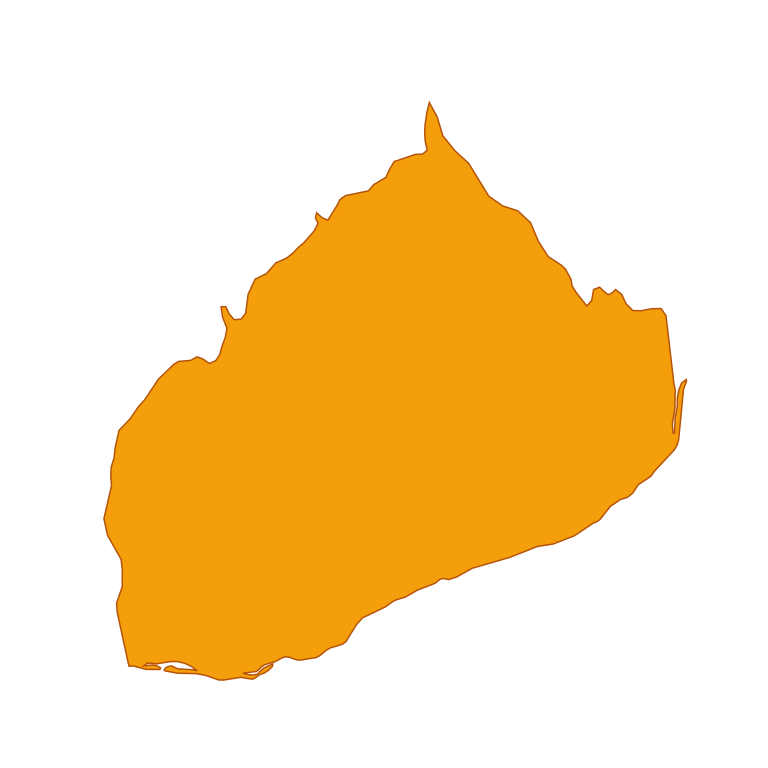 map outline of Yucatán (Equal Earth projection), rotated 171°
{"feature_id": "MEX-2737", "entity_name": "Yucatán", "entity_type": "State", "adm_level": 1, "iso_a3": "MEX", "parent_name": "Mexico", "parent_adm1": "", "projection": "equal_earth", "projection_center": [-88.855, 20.634], "detail": "fine", "context": "isolated", "style": "filled", "palette": "amber", "viewbox_px": 768, "rotation_deg": 171, "n_neighbors": 0, "source": "natural_earth", "source_scale": "10m", "svg_char_len": 2653}
<svg xmlns="http://www.w3.org/2000/svg" viewBox="0 0 768 768"><g transform="rotate(171 384 384)"><path d="M97.3,331.0L97.8,330.1L100.3,315.2L105.5,299.3L106.1,290.2L104.6,290.2L101.7,305.2L98.0,315.4L97.5,317.5L96.5,324.1L93.8,331.9L89.8,338.5L84.8,341.1L84.8,339.2L88.9,332.3L101.8,282.5L104.0,278.0L107.5,273.6L130.6,255.5L134.9,251.1L148.4,244.9L155.4,237.4L159.9,234.7L162.3,233.8L168.7,232.9L179.5,227.8L192.0,216.3L195.5,214.7L199.2,213.8L219.8,204.3L242.0,199.5L258.3,199.5L286.8,193.1L325.7,188.2L342.6,182.0L350.7,180.7L355.7,182.6L357.8,182.7L359.9,182.0L364.2,179.5L365.6,179.0L383.1,175.2L396.7,170.1L405.8,168.9L409.7,167.6L417.0,163.8L441.8,156.4L449.0,150.5L461.7,135.7L465.7,133.5L478.5,131.7L482.5,130.1L490.0,125.7L494.0,124.4L510.1,124.4L513.6,125.3L520.6,129.1L524.2,130.0L527.8,129.4L534.5,126.9L545.8,125.4L549.4,123.9L552.2,121.5L555.1,120.0L568.4,120.5L564.3,118.5L559.4,117.1L554.5,117.2L547.5,122.2L539.2,124.5L537.6,124.7L538.5,122.4L542.7,119.4L547.2,117.4L552.8,116.2L557.3,113.7L559.2,113.1L562.2,113.6L571.2,116.7L588.7,116.7L593.5,117.5L606.3,124.4L614.8,127.3L632.9,130.6L645.2,134.9L645.9,135.8L644.2,137.7L642.1,138.6L639.5,138.9L637.0,138.3L635.1,136.7L632.0,134.9L617.6,131.7L613.3,130.0L618.2,135.0L624.4,139.2L631.2,142.1L637.9,143.2L652.0,143.2L658.5,144.9L661.9,145.2L665.3,143.2L656.6,142.7L652.4,141.3L649.1,138.5L650.1,137.1L663.9,139.4L675.3,144.6L680.0,145.2L680.3,148.8L683.2,200.3L682.4,209.5L674.3,224.6L671.5,241.7L671.1,252.0L680.7,277.6L681.7,294.8L669.0,326.3L668.3,335.7L666.5,344.4L662.2,353.1L659.5,363.0L653.0,379.6L640.5,389.1L629.7,400.4L622.9,405.8L606.0,424.1L588.7,436.2L583.5,438.4L571.1,437.6L564.5,440.1L558.9,437.0L553.3,431.6L546.5,433.4L541.5,439.0L538.1,446.6L533.5,454.7L530.4,463.6L533.0,475.4L532.8,485.8L528.2,485.2L525.9,477.5L522.0,471.0L515.2,470.4L509.6,475.4L504.2,493.8L494.9,507.7L482.9,511.4L471.9,520.5L460.3,523.7L453.6,527.5L447.1,532.4L441.0,536.1L428.8,546.3L424.0,553.1L425.7,558.9L423.7,563.6L419.3,558.1L413.8,554.6L401.0,569.5L399.1,572.6L395.7,574.7L392.1,576.1L369.3,577.2L362.7,582.6L349.7,587.9L344.8,595.3L339.2,602.1L316.9,605.9L310.0,605.0L304.8,608.1L305.3,617.4L304.5,626.1L302.5,634.9L299.3,645.2L295.2,654.9L289.7,639.6L287.1,620.0L277.5,603.3L265.9,588.8L251.1,553.1L238.9,541.3L224.8,534.1L214.0,520.4L209.2,500.8L201.9,484.2L190.0,473.3L186.8,469.1L182.9,458.1L182.9,451.5L179.7,444.0L171.5,429.3L165.8,434.0L162.2,444.5L155.9,445.9L152.4,441.2L148.6,437.1L144.2,438.4L140.5,441.1L135.2,435.3L132.4,425.4L126.8,417.6L118.4,416.1L108.2,416.5L98.5,415.2L94.8,407.3L97.6,339.0L97.3,331.0Z" fill="#f59e0b" stroke="#b45309" stroke-width="1.5"/></g></svg>